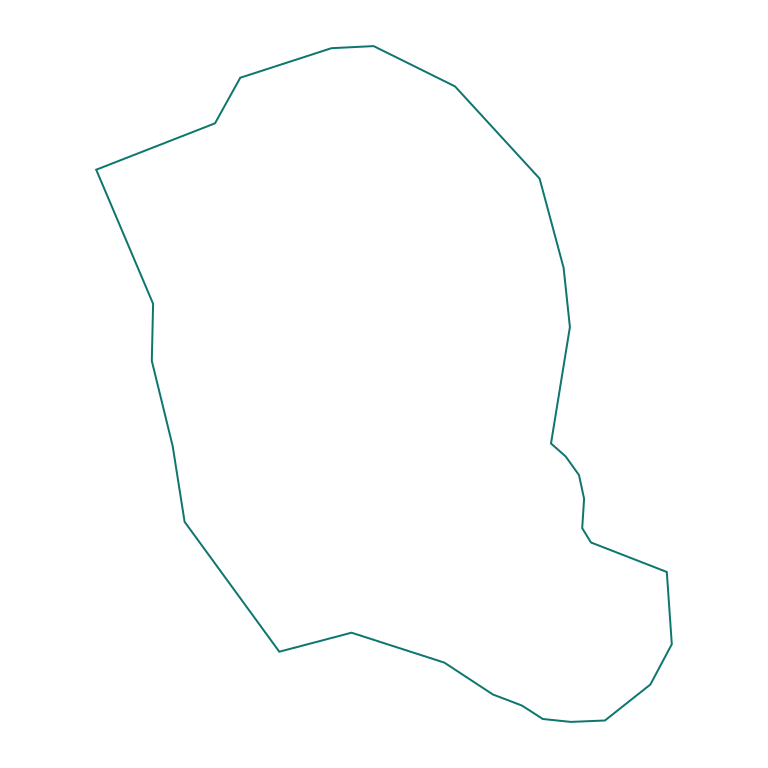 the border of Ig
{"feature_id": "SVN-953", "entity_name": "Ig", "entity_type": "Municipality", "adm_level": 1, "iso_a3": "SVN", "parent_name": "Slovenia", "parent_adm1": "", "projection": "natural_earth1", "projection_center": [14.53, 45.933], "detail": "fine", "context": "isolated", "style": "outline", "palette": "teal", "viewbox_px": 768, "rotation_deg": 0, "n_neighbors": 0, "source": "natural_earth", "source_scale": "10m", "svg_char_len": 493}
<svg xmlns="http://www.w3.org/2000/svg" viewBox="0 0 768 768"><path d="M373.6,46.1L455.0,86.4L539.6,178.6L563.6,267.8L569.9,327.1L551.0,443.5L565.7,456.5L579.0,475.1L584.1,498.8L582.2,528.2L591.0,542.5L666.8,572.0L671.8,644.2L650.4,684.5L604.9,720.5L570.8,721.9L542.8,719.0L522.0,705.6L492.9,694.5L444.3,662.6L351.5,632.7L279.3,651.7L184.6,521.8L172.7,446.2L151.8,360.9L153.1,303.8L96.2,169.7L215.0,123.3L240.3,77.7L331.4,48.2L373.6,46.1Z" fill="none" stroke="#0f766e" stroke-width="2"/></svg>